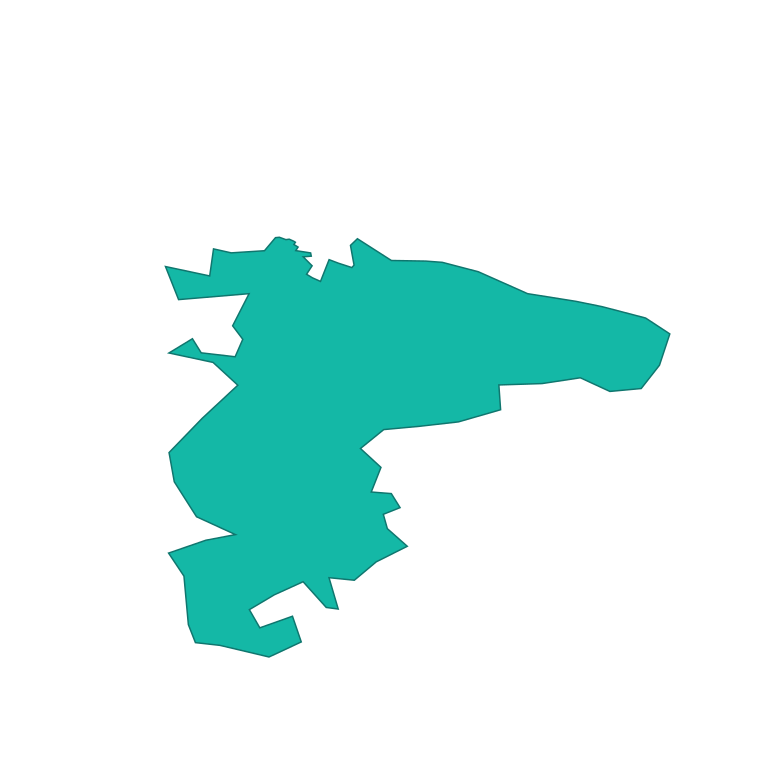 Yukarichirchik, Tashkent, Uzbekistan, rotated 65°
{"feature_id": "79887680B57714411837097", "entity_name": "Yukarichirchik", "entity_type": "district", "adm_level": 2, "iso_a3": "UZB", "parent_name": "Uzbekistan", "parent_adm1": "Tashkent", "projection": "albers", "projection_center": [69.455, 41.216], "detail": "fine", "context": "isolated", "style": "filled", "palette": "teal", "viewbox_px": 768, "rotation_deg": 65, "n_neighbors": 0, "source": "geoboundaries", "source_scale": "gbopen_adm2", "svg_char_len": 1226}
<svg xmlns="http://www.w3.org/2000/svg" viewBox="0 0 768 768"><g transform="rotate(65 384 384)"><path d="M323.3,517.0L338.3,563.3L355.3,607.8L384.0,615.4L425.1,610.0L457.7,582.3L450.3,611.5L446.2,650.7L473.6,646.5L519.4,663.0L538.7,664.2L551.5,643.2L582.8,603.6L582.8,568.0L555.8,565.1L552.5,599.6L531.6,601.4L528.7,572.5L529.0,540.9L562.1,530.8L568.6,520.6L536.3,515.7L549.3,493.8L541.9,466.2L540.9,431.5L516.5,442.1L501.8,439.7L502.8,421.7L486.4,423.7L476.5,441.2L458.3,422.0L432.5,432.6L425.2,403.5L437.4,369.5L449.8,332.5L456.6,289.2L433.4,280.3L450.4,240.6L461.3,203.5L486.2,182.4L496.8,152.8L483.4,126.4L459.4,103.8L434.8,119.0L406.2,153.5L390.2,175.1L362.8,215.7L322.2,251.0L298.4,279.7L290.2,294.3L275.2,325.1L241.1,346.7L244.2,355.8L263.6,360.9L264.9,363.9L255.2,374.3L248.1,381.2L264.2,398.2L257.5,404.0L251.8,407.8L246.5,399.2L234.6,403.5L237.4,395.9L234.2,395.1L225.8,407.6L223.6,404.0L219.5,406.7L218.1,404.4L216.4,405.5L212.7,408.7L211.7,411.9L206.8,416.8L205.5,420.5L212.7,436.0L200.6,467.0L189.5,481.4L212.4,496.3L185.2,532.4L220.7,534.5L245.1,468.1L267.3,496.6L283.8,493.1L296.4,507.4L278.5,536.5L262.0,538.5L265.0,565.8L292.2,529.8L323.3,517.0Z" fill="#14b8a6" stroke="#0f766e" stroke-width="1.5"/></g></svg>